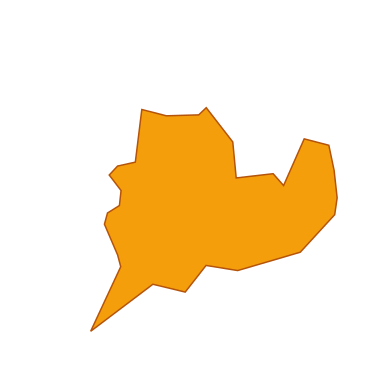 outline of Pasig, rotated 69°
{"feature_id": "PHL-5552", "entity_name": "Pasig", "entity_type": "Highly Urbanized City", "adm_level": 1, "iso_a3": "PHL", "parent_name": "Philippines", "parent_adm1": "", "projection": "mercator", "projection_center": [121.099, 14.57], "detail": "fine", "context": "isolated", "style": "filled", "palette": "amber", "viewbox_px": 384, "rotation_deg": 69, "n_neighbors": 0, "source": "natural_earth", "source_scale": "10m", "svg_char_len": 511}
<svg xmlns="http://www.w3.org/2000/svg" viewBox="0 0 384 384"><g transform="rotate(69 192 192)"><path d="M264.3,66.9L287.0,112.5L281.7,177.5L265.6,205.2L283.0,234.2L264.1,261.6L285.7,336.5L236.2,285.3L224.1,284.0L190.7,285.3L181.3,278.4L178.6,264.6L165.2,257.7L146.5,263.2L141.1,252.2L143.8,234.2L97.0,209.3L111.7,188.6L122.4,158.1L118.4,148.5L159.9,136.0L194.7,145.7L204.0,109.7L218.8,104.2L182.6,68.2L197.4,47.5L222.8,51.6L249.5,58.6L264.3,66.9Z" fill="#f59e0b" stroke="#b45309" stroke-width="1.5"/></g></svg>